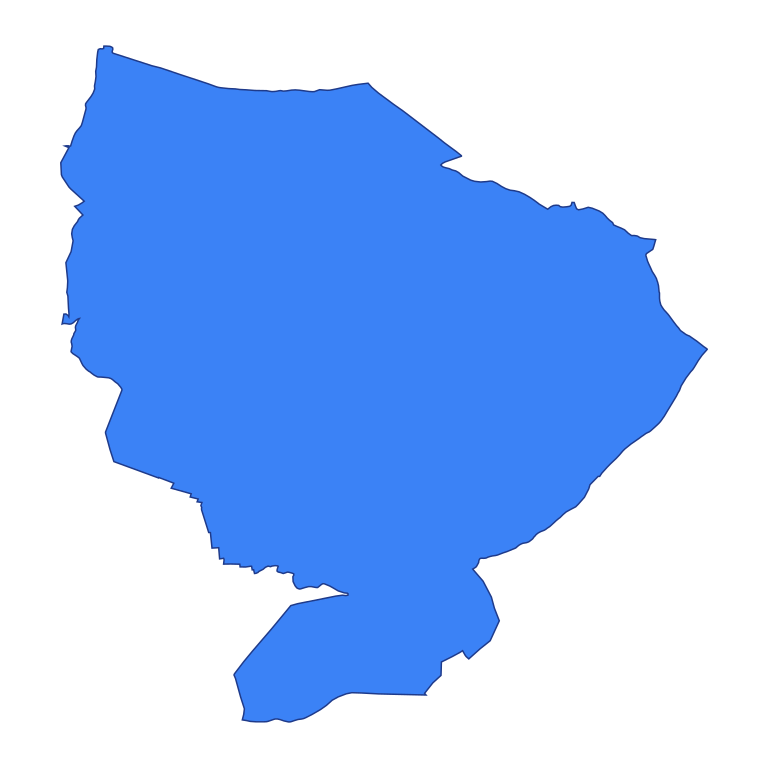 Comanesti, Suceava, Romania
{"feature_id": "2599482B69933741983623", "entity_name": "Comanesti", "entity_type": "district", "adm_level": 2, "iso_a3": "ROU", "parent_name": "Romania", "parent_adm1": "Suceava", "projection": "natural_earth1", "projection_center": [26.001, 47.659], "detail": "fine", "context": "isolated", "style": "filled", "palette": "blue", "viewbox_px": 768, "rotation_deg": 0, "n_neighbors": 0, "source": "geoboundaries", "source_scale": "gbopen_adm2", "svg_char_len": 5972}
<svg xmlns="http://www.w3.org/2000/svg" viewBox="0 0 768 768"><path d="M242.3,719.9L246.7,720.6L250.2,721.4L256.2,721.8L263.8,721.8L266.3,721.7L267.9,721.4L274.0,719.3L275.2,719.0L277.5,719.0L280.2,719.6L283.9,720.9L288.3,721.9L290.1,721.9L291.4,721.6L294.3,720.6L297.9,719.5L301.7,719.0L303.8,718.5L306.1,717.5L312.5,714.2L320.6,709.5L326.5,705.3L332.2,700.2L338.2,696.9L346.3,693.8L351.8,692.7L361.8,693.0L378.7,693.9L426.0,695.0L424.6,693.3L432.8,682.9L441.0,675.4L441.2,669.5L441.4,662.0L452.4,656.5L460.1,652.3L462.6,650.7L465.2,655.3L466.2,656.6L468.8,658.9L480.3,648.6L490.2,640.7L499.3,620.8L494.4,608.2L491.4,597.1L483.1,581.2L472.7,569.1L475.8,567.2L476.7,566.1L478.6,562.6L478.9,560.5L479.4,559.4L479.7,558.9L480.3,558.4L481.6,558.2L483.6,558.3L485.1,558.2L486.2,558.0L488.1,557.1L490.4,556.4L492.6,555.9L495.6,555.5L497.6,555.0L503.3,552.8L506.7,551.7L515.7,548.0L518.7,545.4L520.3,544.4L521.6,543.8L522.8,543.3L526.3,542.7L527.9,542.2L529.3,541.5L531.5,539.8L532.6,538.9L534.3,536.6L535.3,535.7L535.9,534.8L537.1,533.8L538.3,532.9L540.7,531.6L544.1,530.3L545.7,529.4L547.2,528.2L549.7,526.6L551.7,524.8L556.1,520.7L557.8,519.3L558.6,518.6L560.0,517.6L563.1,514.5L566.2,511.9L570.5,509.5L575.7,506.8L578.4,504.1L584.4,497.3L588.7,489.0L590.0,484.7L598.1,476.4L599.7,476.4L601.7,473.3L607.1,467.3L610.3,464.0L616.2,458.4L619.5,454.9L622.8,451.0L624.8,449.0L630.7,444.2L639.6,438.0L641.8,436.3L642.5,435.9L646.0,433.4L648.0,432.4L649.2,431.9L650.8,430.7L656.8,425.3L658.8,423.4L659.9,422.2L661.1,420.7L664.4,416.0L666.7,412.1L674.9,398.6L676.4,396.1L678.0,392.9L679.5,390.4L681.2,385.8L686.0,378.0L690.6,371.9L692.7,369.6L694.3,367.2L698.4,360.4L702.0,355.3L706.6,350.1L707.2,349.3L706.9,348.8L703.6,346.5L696.6,341.0L693.1,338.6L689.4,336.0L687.8,335.4L685.8,334.4L680.8,330.8L679.8,329.7L678.8,328.2L676.5,325.6L673.6,321.8L669.0,315.5L667.8,314.0L663.9,309.7L662.1,307.1L660.8,304.9L659.8,301.1L659.5,298.2L659.5,292.9L659.1,291.9L658.5,285.7L657.6,282.1L657.1,280.8L656.4,278.5L654.7,275.4L652.2,271.5L650.7,268.1L648.6,263.6L648.2,262.6L647.6,261.3L646.3,256.8L645.9,255.8L646.0,254.4L646.6,253.5L652.8,249.3L653.8,246.3L654.9,242.4L655.7,239.7L654.4,239.5L644.2,238.6L640.1,237.7L637.5,236.1L636.2,235.8L634.1,235.5L631.7,235.6L630.4,234.8L628.1,233.1L624.6,229.8L621.1,228.1L617.1,226.5L613.6,224.9L612.6,222.6L609.6,220.3L607.2,218.0L605.1,215.5L602.8,213.2L599.2,211.0L592.2,208.2L588.2,207.3L582.7,209.0L578.5,209.8L576.6,208.8L575.4,205.9L574.2,202.5L572.0,202.4L571.1,205.3L569.7,206.3L566.5,206.8L562.8,207.1L560.3,206.7L558.7,205.4L556.2,205.2L553.5,205.5L550.9,206.7L547.7,209.2L539.0,204.0L538.6,203.6L534.6,200.6L530.5,197.8L524.6,194.3L519.1,191.8L514.2,190.7L510.2,190.2L505.8,188.7L501.6,186.5L497.0,183.5L492.4,181.3L490.1,181.1L486.4,181.6L480.7,182.0L474.6,181.3L470.6,180.1L462.8,176.1L458.7,172.6L455.7,170.9L452.3,170.0L449.2,168.6L445.8,167.8L443.2,167.0L441.6,165.9L440.8,165.0L442.4,163.4L445.2,161.9L461.4,156.2L461.4,155.7L456.7,151.9L444.5,142.9L438.4,138.0L402.8,110.8L393.7,104.4L378.6,93.2L371.8,87.4L368.1,83.2L358.2,84.4L352.0,85.4L336.5,88.9L329.8,90.2L327.2,90.3L319.6,89.7L314.4,91.6L312.6,91.7L309.3,91.5L299.5,90.2L295.3,89.9L291.6,90.1L286.3,90.9L283.3,91.1L280.7,90.6L279.3,90.7L276.2,91.3L274.2,91.5L272.0,91.6L269.8,91.3L266.5,90.7L255.1,90.5L245.9,89.8L239.9,89.5L235.3,88.9L228.9,88.6L221.2,87.8L218.6,87.4L216.4,86.8L207.9,83.7L179.7,74.4L160.5,67.9L151.7,65.7L113.3,53.3L112.3,52.5L112.2,51.4L112.8,49.4L112.7,47.9L111.8,47.1L109.9,46.3L106.4,46.1L103.9,46.1L103.6,48.5L102.1,48.9L100.2,48.7L98.3,49.5L97.7,52.0L96.8,59.7L96.5,67.1L95.7,71.4L96.0,76.6L95.3,81.7L94.5,85.9L94.7,89.0L93.1,93.1L91.1,96.4L86.5,102.4L85.6,103.8L85.5,105.5L86.0,107.4L86.0,108.9L82.4,122.3L81.3,125.6L79.7,127.7L77.0,130.7L75.4,132.9L74.0,135.8L72.1,141.1L70.6,146.0L69.8,146.2L68.5,145.8L66.3,145.8L65.0,146.0L68.9,147.6L60.8,162.7L61.4,174.7L62.3,177.0L69.0,187.1L70.9,189.1L84.2,201.2L82.0,202.9L78.3,205.1L74.7,206.3L82.9,215.0L79.4,218.2L78.3,219.8L77.6,221.5L74.3,225.7L72.4,229.3L71.7,233.8L72.3,237.6L73.1,240.8L71.1,251.6L65.9,262.7L67.7,280.4L67.7,282.1L67.4,287.8L66.8,292.3L67.9,296.1L68.5,308.3L69.0,314.1L68.8,316.7L68.2,315.6L66.0,314.0L63.9,314.1L62.1,324.0L62.8,323.7L64.4,323.5L66.7,323.7L69.0,324.1L70.0,324.1L71.4,323.8L73.3,322.7L75.7,320.5L77.3,319.3L78.8,318.6L79.4,318.5L79.1,318.9L78.3,319.9L77.4,322.5L76.2,324.7L75.6,326.1L75.4,327.5L75.7,329.6L75.6,330.7L73.9,333.6L73.7,334.9L71.8,338.9L71.3,340.6L71.2,342.1L71.7,343.7L72.1,346.3L71.1,351.2L71.1,351.8L72.7,353.5L77.4,356.6L79.4,358.2L81.9,363.5L83.0,365.5L86.2,369.2L88.7,371.2L90.3,372.1L91.3,373.0L94.1,375.1L97.1,376.7L98.0,377.0L101.6,377.1L108.7,377.8L110.8,378.5L112.4,379.5L115.3,382.0L117.7,383.7L120.7,387.2L121.9,389.2L121.9,390.2L114.1,410.1L105.5,432.1L105.6,433.3L110.0,449.5L113.9,461.6L158.6,478.0L158.8,477.5L173.6,483.1L173.8,483.2L171.2,488.2L191.2,493.8L190.2,497.0L198.2,499.0L197.1,501.8L201.9,502.5L200.9,505.6L201.7,507.4L201.5,508.7L201.6,509.9L208.7,532.5L210.4,532.6L212.0,548.1L218.7,547.7L219.6,558.9L223.6,558.3L224.1,559.6L223.6,564.1L230.7,564.0L239.8,564.2L240.1,566.9L245.6,567.0L250.9,566.2L251.6,566.3L252.2,569.9L253.6,569.7L254.5,573.5L256.0,573.3L257.9,572.5L259.0,571.4L263.1,569.3L265.4,567.3L268.1,566.1L270.6,566.7L271.9,566.1L275.1,565.6L277.7,565.9L278.2,566.3L277.2,569.3L277.0,571.0L278.1,572.0L280.8,572.6L283.2,573.5L285.5,572.8L287.4,572.1L288.6,572.2L292.0,573.1L293.7,573.8L293.8,575.1L292.9,576.7L293.1,581.6L295.1,585.8L296.8,587.9L297.9,588.5L299.4,589.0L300.6,588.9L304.7,587.6L308.6,586.6L311.3,586.6L316.1,587.5L317.7,587.5L321.4,584.5L322.8,583.7L324.3,583.8L329.7,586.0L333.1,587.9L338.2,590.9L344.4,592.9L347.4,593.2L348.1,593.9L347.9,595.2L345.8,595.6L342.4,595.2L335.8,596.1L297.6,603.7L290.8,605.6L271.8,628.6L252.4,651.2L243.8,661.6L235.3,672.7L234.3,674.1L234.0,675.0L235.5,678.5L240.6,697.0L244.4,708.8L243.7,714.4L242.3,719.9Z" fill="#3b82f6" stroke="#1e3a8a" stroke-width="1.5"/></svg>